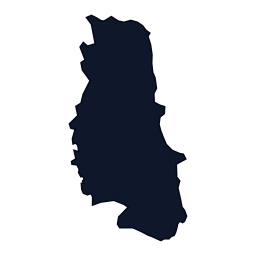 Ammadies, Nicosia, Cyprus
{"feature_id": "46923920B28653091355318", "entity_name": "Ammadies", "entity_type": "district", "adm_level": 2, "iso_a3": "CYP", "parent_name": "Cyprus", "parent_adm1": "Nicosia", "projection": "mercator", "projection_center": [32.711, 35.166], "detail": "fine", "context": "isolated", "style": "filled", "palette": "ink", "viewbox_px": 256, "rotation_deg": 0, "n_neighbors": 0, "source": "geoboundaries", "source_scale": "gbopen_adm2", "svg_char_len": 1374}
<svg xmlns="http://www.w3.org/2000/svg" viewBox="0 0 256 256"><path d="M69.4,123.9L70.8,128.2L75.1,129.3L72.4,138.9L73.0,144.0L75.7,143.0L77.8,145.4L78.7,151.7L74.0,150.3L75.9,158.8L71.5,161.5L72.0,164.3L76.9,164.8L78.0,166.9L79.1,169.0L79.0,171.1L78.6,172.5L80.8,176.7L81.9,176.2L84.1,178.0L83.5,180.2L82.5,181.2L83.5,183.2L81.3,183.4L81.8,189.6L83.4,193.2L87.4,194.8L91.0,193.6L92.7,197.0L92.5,205.1L100.7,202.1L113.9,200.3L124.0,204.3L128.2,207.2L118.7,216.9L117.5,224.2L119.7,227.7L132.8,227.7L140.9,231.3L143.2,232.5L148.4,235.2L152.0,236.5L160.9,240.6L164.0,238.8L169.0,238.8L171.0,236.6L174.1,235.4L175.5,232.5L176.7,228.3L177.7,223.8L179.7,221.2L182.7,222.6L184.4,221.4L186.6,216.1L184.4,210.2L181.9,207.0L180.5,199.5L179.3,194.2L177.9,187.7L179.7,180.8L176.7,177.1L176.3,164.1L185.8,159.0L183.3,154.2L179.8,153.6L172.2,150.4L166.2,144.4L163.1,137.1L160.6,130.4L159.0,124.4L159.9,117.1L164.3,113.6L164.7,106.7L159.6,105.1L154.2,102.2L153.9,93.3L156.5,88.3L154.9,77.5L152.7,72.4L151.7,63.2L152.0,54.7L150.5,44.5L147.9,36.3L149.8,33.1L146.0,30.3L142.6,25.8L137.5,22.3L130.9,20.4L123.9,22.3L118.3,21.1L111.3,16.6L104.1,21.1L100.9,20.7L96.5,17.9L91.4,15.4L86.5,17.5L91.5,24.4L95.2,43.8L87.4,46.1L83.3,42.4L80.1,47.0L85.1,59.9L81.0,62.6L82.4,70.0L90.1,80.6L83.3,94.0L81.0,103.2L75.9,106.4L77.8,115.6L69.4,123.9Z" fill="#0f172a" stroke="#020617" stroke-width="1.5"/></svg>